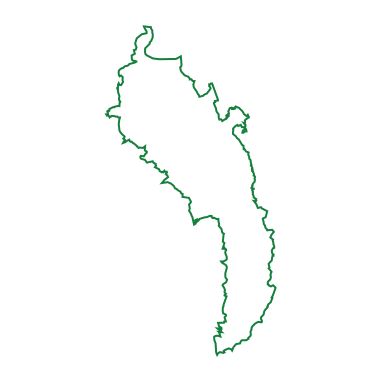 outline of Caianu Mic, Bistrita-Nasaud, Romania, rotated 187°
{"feature_id": "2599482B87511359421841", "entity_name": "Caianu Mic", "entity_type": "district", "adm_level": 2, "iso_a3": "ROU", "parent_name": "Romania", "parent_adm1": "Bistrita-Nasaud", "projection": "mercator", "projection_center": [24.122, 47.268], "detail": "fine", "context": "isolated", "style": "outline", "palette": "green", "viewbox_px": 384, "rotation_deg": 187, "n_neighbors": 0, "source": "geoboundaries", "source_scale": "gbopen_adm2", "svg_char_len": 6080}
<svg xmlns="http://www.w3.org/2000/svg" viewBox="0 0 384 384"><g transform="rotate(187 192 192)"><path d="M266.4,333.3L266.3,331.8L264.7,328.8L265.2,326.4L267.0,325.8L265.6,322.2L268.6,320.1L267.7,316.0L266.7,315.2L263.5,315.0L263.1,314.6L264.7,313.4L269.8,311.4L270.5,310.2L271.9,309.2L273.8,308.7L275.7,306.5L276.7,306.4L278.6,304.7L279.4,303.5L279.4,302.0L278.8,299.1L277.9,298.0L276.7,299.0L274.8,297.6L274.6,294.6L273.9,292.8L275.4,289.5L277.0,289.4L278.0,291.0L278.5,289.6L278.2,287.3L279.0,286.1L278.7,285.5L278.2,285.8L277.3,281.5L275.7,278.3L275.8,275.8L275.4,273.9L274.2,273.1L274.2,272.6L274.7,271.6L274.5,268.4L275.7,268.5L279.1,267.2L279.5,266.6L280.5,266.7L284.2,264.2L283.9,262.7L284.5,262.0L285.6,262.2L285.9,261.5L285.4,260.9L284.9,259.0L286.6,258.6L285.6,257.4L284.3,258.0L282.8,256.0L282.3,256.8L281.4,257.1L281.2,257.7L278.5,257.9L277.0,257.5L275.4,257.8L274.3,257.0L272.6,257.2L273.0,254.5L273.0,250.4L271.5,244.3L271.0,243.3L268.6,240.9L265.7,238.9L265.7,238.0L266.7,236.6L265.0,235.7L266.4,232.3L264.2,233.4L263.2,234.6L260.6,236.3L259.9,234.7L259.0,234.4L258.1,234.7L256.6,233.3L256.1,233.4L252.0,230.8L252.1,230.5L250.3,229.2L249.3,229.8L246.2,229.7L244.1,231.7L244.0,227.9L243.6,227.3L242.3,226.9L241.7,226.4L241.7,225.4L242.8,224.3L244.2,221.5L247.1,221.7L247.6,220.8L247.3,219.6L246.6,218.8L242.7,218.2L240.3,215.7L234.7,217.7L233.9,216.4L231.4,215.4L231.6,214.6L230.8,213.7L231.8,212.1L227.5,210.6L226.6,208.8L224.3,207.9L223.9,208.4L222.9,208.1L222.0,209.8L220.9,208.7L219.5,209.0L219.3,208.1L220.2,206.6L218.4,205.3L217.6,203.8L220.7,200.8L223.0,197.2L217.4,198.8L213.9,197.8L210.8,195.8L209.3,193.6L207.5,193.1L206.7,192.3L203.5,190.9L202.5,189.3L201.0,188.9L200.9,186.0L194.3,185.8L191.9,182.3L191.9,181.6L193.4,179.2L192.2,175.6L192.6,173.0L190.3,170.2L189.5,168.4L188.6,167.3L186.0,159.9L184.5,161.1L185.3,164.4L183.4,165.6L182.3,165.2L183.4,163.7L183.4,163.2L182.0,164.6L181.2,166.2L175.8,168.6L174.5,168.7L171.5,170.4L169.6,170.6L169.3,169.2L167.9,168.6L167.2,169.2L164.1,168.1L162.6,168.5L162.0,165.6L161.1,163.5L161.3,161.6L158.3,159.0L157.0,155.4L155.2,154.4L155.5,153.4L155.3,146.4L153.6,145.3L154.7,139.4L153.3,139.5L153.0,140.6L151.9,139.2L151.3,139.2L151.0,138.3L151.6,137.3L151.6,135.5L149.7,132.1L149.3,129.6L149.6,128.9L152.1,127.0L154.6,126.6L153.7,125.6L149.5,123.6L148.4,122.1L148.2,120.9L149.0,115.6L148.9,114.1L148.4,111.3L146.5,109.2L147.2,106.5L149.7,104.4L150.3,103.1L148.3,100.6L147.3,98.6L147.6,97.1L147.4,96.4L145.9,95.1L147.2,93.6L147.1,93.2L145.0,92.6L146.9,84.1L146.8,82.4L147.3,81.5L147.1,78.1L146.3,75.4L143.5,74.4L143.1,73.5L144.4,71.5L142.6,67.6L144.2,67.4L144.3,66.2L150.2,65.3L148.7,61.9L146.4,60.9L146.5,60.0L146.0,59.7L146.2,58.9L148.6,59.8L150.2,59.7L145.4,56.5L148.4,56.4L146.5,55.0L147.7,55.3L146.2,52.0L149.2,52.5L151.5,51.8L152.4,50.8L151.8,47.8L150.1,44.5L148.6,36.4L148.1,34.9L147.2,33.4L146.5,35.0L144.8,36.5L141.4,36.1L140.2,36.8L141.2,38.0L140.4,38.9L136.6,41.2L134.0,40.7L132.9,39.5L131.9,43.1L129.7,46.4L125.8,47.6L125.4,49.7L124.4,50.9L120.1,51.5L118.1,53.2L118.4,53.9L116.3,56.5L116.2,57.4L116.9,60.5L116.1,62.9L116.4,64.0L115.9,65.7L113.4,69.0L111.2,70.7L109.8,71.2L107.2,71.1L106.8,71.6L106.9,72.6L108.1,74.6L108.2,76.0L106.0,79.1L105.7,82.5L104.8,84.4L103.2,86.3L103.3,87.4L102.8,87.5L102.8,89.2L102.5,89.9L100.5,92.0L99.3,96.6L100.1,96.9L99.1,99.3L97.4,106.9L97.5,107.4L100.2,109.3L102.2,107.9L104.4,108.6L104.5,109.1L105.6,109.7L105.4,110.1L105.8,111.7L105.4,112.6L103.8,114.6L103.4,115.9L103.4,117.7L104.0,118.8L103.7,121.6L103.3,122.4L106.6,125.6L105.9,126.5L107.2,129.9L105.9,132.0L104.6,133.4L104.3,138.5L103.3,138.7L103.5,140.0L104.4,140.1L105.1,141.4L105.7,143.6L104.7,146.1L103.6,146.6L103.9,148.4L104.6,149.5L105.4,152.5L106.1,154.0L105.8,154.7L108.7,156.3L108.0,159.1L105.9,162.4L107.8,164.3L112.7,163.1L113.2,164.3L114.2,164.9L115.1,166.2L115.4,167.5L116.9,169.1L117.3,171.1L118.5,174.2L115.8,176.0L115.0,182.1L120.8,184.3L121.7,185.3L124.7,184.2L126.7,187.8L129.4,190.5L127.6,190.3L127.2,191.4L128.0,191.8L127.5,192.9L130.1,194.1L130.4,195.8L131.4,197.1L131.3,198.2L131.8,199.2L131.5,199.7L132.4,201.0L131.7,202.3L131.1,202.5L131.2,202.9L133.1,202.6L133.6,203.3L132.6,205.2L132.7,206.0L133.0,206.1L132.3,208.1L131.1,209.9L131.0,211.8L131.6,212.8L131.2,214.5L131.6,215.2L132.8,215.8L132.6,216.8L133.0,218.2L133.7,218.8L134.1,220.2L134.8,220.2L134.6,221.6L135.2,221.5L135.4,222.0L135.2,223.7L136.8,225.5L136.2,226.2L136.9,227.3L137.8,230.9L139.2,232.0L139.5,233.8L140.5,235.5L140.9,237.0L140.6,238.1L143.4,238.9L145.2,241.1L145.9,240.8L146.6,244.3L147.9,244.7L151.9,249.8L153.8,250.9L155.3,252.7L158.4,254.6L158.7,256.6L158.5,258.7L159.0,259.6L158.9,260.1L156.7,263.0L155.1,264.1L154.2,263.1L151.8,264.6L150.4,262.4L147.9,262.8L147.5,260.7L149.0,259.0L149.2,257.0L148.1,257.1L147.4,258.4L145.3,258.8L146.0,260.9L147.1,261.6L147.1,264.7L148.9,266.6L147.8,266.3L148.2,267.0L147.8,268.0L148.3,269.0L147.8,270.3L144.6,273.1L146.0,275.4L147.0,274.0L149.7,275.5L151.8,278.3L155.5,281.1L159.1,282.2L160.4,280.2L159.8,279.9L160.7,279.4L162.2,279.3L162.0,280.3L163.1,280.5L164.7,279.8L165.8,276.4L165.0,274.8L164.9,271.6L165.4,271.2L166.0,273.4L166.6,272.8L167.3,271.9L166.7,271.2L166.8,270.2L166.4,269.6L166.9,268.8L167.2,269.0L170.6,266.1L171.8,267.7L173.7,267.2L174.6,269.3L175.0,272.3L177.5,274.9L178.4,277.9L180.9,282.2L181.1,283.2L180.0,284.0L180.4,285.1L177.4,286.0L177.5,286.8L185.3,302.2L186.5,301.9L187.0,301.0L188.0,301.0L187.9,299.2L186.6,298.1L186.2,296.8L189.2,291.6L192.0,289.9L192.6,288.9L196.3,287.4L197.2,289.3L197.8,289.6L199.7,292.4L202.9,296.0L203.8,298.8L203.1,302.4L205.0,302.3L206.3,303.8L207.9,303.5L207.9,304.2L209.9,306.0L213.5,306.9L217.3,310.2L218.4,312.4L218.9,314.4L218.0,315.4L217.9,316.9L219.6,325.3L224.1,322.1L240.6,319.8L247.1,319.8L253.7,322.2L255.1,323.4L255.7,325.3L256.0,328.9L252.0,334.0L252.2,335.3L250.7,337.3L250.7,338.0L249.9,340.2L250.1,343.5L250.9,345.6L251.1,347.4L252.7,349.4L252.9,350.6L259.9,350.5L258.8,348.5L256.8,346.2L256.4,344.1L261.1,342.4L265.2,338.2L265.7,337.3L266.4,333.3Z" fill="none" stroke="#15803d" stroke-width="2"/></g></svg>